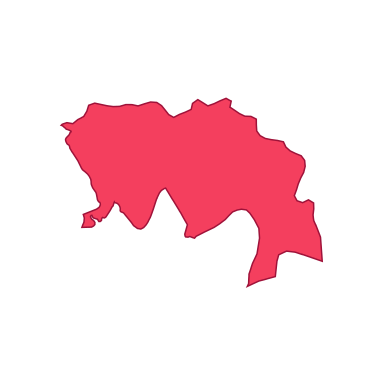 Al Maqatirah, Lahij, Yemen (Robinson projection), rotated 237°
{"feature_id": "15242507B89654999321580", "entity_name": "Al Maqatirah", "entity_type": "district", "adm_level": 2, "iso_a3": "YEM", "parent_name": "Yemen", "parent_adm1": "Lahij", "projection": "robinson", "projection_center": [44.156, 13.13], "detail": "fine", "context": "isolated", "style": "filled", "palette": "rose", "viewbox_px": 384, "rotation_deg": 237, "n_neighbors": 0, "source": "geoboundaries", "source_scale": "gbopen_adm2", "svg_char_len": 4600}
<svg xmlns="http://www.w3.org/2000/svg" viewBox="0 0 384 384"><g transform="rotate(237 192 192)"><path d="M63.0,263.5L66.8,265.6L68.6,266.6L84.2,275.2L96.6,277.8L96.6,277.7L101.6,278.5L103.4,279.3L106.8,281.0L111.5,284.9L116.6,288.0L122.0,285.4L122.8,279.0L127.5,275.3L133.2,275.8L135.2,278.5L137.0,280.9L140.9,285.5L144.6,290.9L147.6,296.3L151.9,300.9L157.0,303.6L158.2,303.6L162.9,303.3L167.9,299.8L173.0,296.7L178.6,295.2L184.3,296.0L188.6,291.8L192.8,286.9L197.0,282.6L199.0,281.5L202.2,279.8L207.9,279.5L213.2,282.5L218.1,285.6L219.2,285.0L223.3,282.6L226.8,277.6L231.9,274.5L237.2,272.3L241.4,270.5L242.4,270.1L242.5,270.0L246.9,274.4L247.8,273.8L252.0,271.6L253.2,265.1L254.0,258.8L255.6,252.2L260.8,249.8L266.3,247.2L266.0,240.7L261.7,236.3L262.6,229.9L263.9,223.7L264.5,217.3L269.6,214.6L275.2,214.1L281.0,213.5L286.3,211.2L290.0,206.3L291.9,200.0L293.5,193.9L293.6,193.6L297.9,189.3L301.3,184.2L303.2,178.0L304.2,176.3L306.5,172.5L310.4,167.9L314.8,163.5L319.5,158.8L321.0,152.6L317.0,147.8L314.3,142.3L314.5,140.2L314.5,139.4L314.9,135.7L314.2,129.3L318.3,124.8L319.2,121.4L319.5,120.0L319.2,118.7L319.1,118.8L317.5,119.7L315.7,120.1L314.4,120.6L313.7,120.6L313.1,120.8L312.3,121.5L311.7,122.0L311.1,122.4L309.8,123.2L308.8,123.7L308.3,123.3L308.3,122.7L308.3,122.2L307.8,121.6L307.6,121.3L307.3,120.8L306.9,120.1L306.6,119.0L306.2,117.2L305.8,115.8L305.1,114.7L304.3,114.2L302.8,113.7L301.6,113.6L301.0,113.5L300.4,113.5L299.9,113.6L299.3,113.8L298.9,114.1L298.2,114.3L297.5,114.3L297.4,114.2L296.7,114.0L295.1,113.4L292.5,113.3L291.3,113.2L291.2,113.2L290.0,113.3L287.0,113.3L280.4,113.3L275.4,112.7L272.3,112.3L270.3,112.3L269.0,112.7L268.2,113.0L267.3,113.3L265.9,113.7L265.0,113.9L264.3,114.1L264.1,114.2L261.1,114.4L257.7,114.0L256.2,113.3L255.9,113.2L254.4,112.3L254.1,112.1L253.5,111.9L253.0,111.6L252.6,111.6L252.4,111.5L249.6,111.0L245.7,111.1L244.4,111.2L244.2,111.2L242.8,110.9L242.5,110.8L239.3,109.5L239.1,109.4L238.5,109.2L238.4,109.1L237.0,108.5L235.5,108.4L234.6,108.4L233.6,109.0L232.5,108.9L232.0,108.6L231.1,108.1L231.0,107.9L230.9,107.8L229.8,106.0L229.7,105.4L229.6,102.5L229.8,101.5L230.4,98.6L232.4,88.6L231.9,88.5L228.8,87.5L225.6,85.0L224.4,83.3L223.9,82.5L222.3,80.4L219.2,85.5L217.4,88.4L217.3,88.6L217.2,89.2L217.1,90.9L217.6,92.8L218.4,93.3L219.4,94.0L221.8,93.9L224.0,93.0L226.4,93.3L226.9,93.7L227.3,94.8L227.0,95.3L226.7,95.2L226.1,95.2L225.3,95.0L223.9,95.2L221.2,97.4L220.6,97.9L219.8,97.9L219.4,97.8L219.2,97.8L218.0,97.8L217.4,98.7L217.3,98.8L217.4,100.5L218.5,101.4L219.0,102.1L219.2,102.6L219.3,102.7L219.3,103.3L218.5,103.8L217.9,104.5L217.9,106.0L218.6,107.7L219.0,108.6L220.5,112.0L221.2,113.5L222.6,116.1L223.1,117.1L223.3,118.2L224.6,119.7L225.6,120.9L225.9,121.4L225.3,121.3L224.6,121.9L224.0,122.5L223.0,123.2L221.3,123.6L220.7,123.6L220.1,123.6L218.3,123.3L217.8,123.1L217.1,122.8L217.0,122.7L216.3,122.2L215.8,121.8L215.4,121.6L215.0,121.5L214.9,121.5L214.4,121.6L214.2,121.6L213.3,122.2L213.0,122.4L212.3,122.9L211.9,123.2L210.5,123.4L209.5,123.5L209.0,123.5L206.7,123.8L202.9,124.2L200.1,124.5L199.1,124.6L195.6,124.7L192.0,126.1L191.3,126.3L191.1,126.4L191.0,126.5L190.6,127.0L188.8,128.9L188.8,129.0L188.7,129.8L188.6,131.3L188.5,132.0L189.4,135.5L190.6,138.2L191.2,139.3L191.8,140.2L192.2,141.0L192.3,141.1L193.5,143.3L193.7,143.5L194.6,144.8L196.4,147.2L197.8,149.0L198.3,149.7L201.0,153.0L204.0,156.7L205.6,158.7L205.6,159.0L206.3,159.8L209.0,164.2L210.0,167.2L210.0,167.7L210.0,167.8L210.0,168.0L210.0,169.3L210.0,170.2L210.0,170.6L209.6,172.0L209.3,172.0L206.9,171.9L205.6,171.9L197.3,171.6L195.7,171.6L194.7,171.6L191.2,171.5L184.1,171.3L183.0,171.2L182.8,171.2L181.3,171.2L180.5,171.2L175.3,170.8L172.0,170.6L168.4,170.4L167.0,170.3L165.9,169.0L163.5,166.3L160.6,163.0L158.8,162.2L157.8,162.2L156.3,164.1L156.2,164.5L155.9,165.9L155.8,166.0L155.1,166.5L154.0,167.3L153.3,167.8L151.9,169.0L152.1,169.7L152.6,171.3L152.6,171.5L151.8,179.1L151.7,180.3L151.6,181.1L151.3,183.3L150.3,191.2L150.3,197.4L150.3,197.9L150.6,201.9L150.8,204.9L151.8,208.8L152.1,210.0L153.2,215.2L152.3,219.8L152.3,220.0L151.1,222.9L150.7,224.0L147.3,227.9L142.7,229.0L135.0,229.2L134.8,229.2L125.1,228.3L116.5,223.5L104.9,213.0L104.7,212.8L102.0,208.5L99.1,203.8L99.0,203.7L96.6,200.7L95.9,199.9L94.6,198.3L92.1,195.1L90.3,193.9L89.1,193.0L87.2,191.6L85.2,190.2L84.5,189.7L84.2,189.4L82.7,187.0L81.9,192.7L80.9,199.6L78.9,205.6L78.7,206.3L78.2,208.0L75.7,215.8L87.9,225.7L88.8,226.8L92.1,230.5L91.3,236.5L90.9,239.1L85.5,245.6L84.2,246.7L80.3,249.8L79.7,250.3L79.8,250.4L78.5,251.4L63.0,263.5Z" fill="#f43f5e" stroke="#9f1239" stroke-width="1.5"/></g></svg>